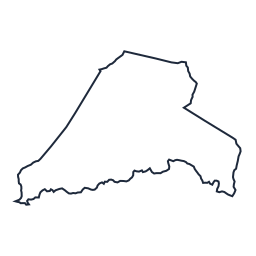 the district of Ourém, Pará, Brazil
{"feature_id": "56859067B89824536702228", "entity_name": "Ourém", "entity_type": "district", "adm_level": 2, "iso_a3": "BRA", "parent_name": "Brazil", "parent_adm1": "Pará", "projection": "orthographic", "projection_center": [-47.142, -1.488], "detail": "fine", "context": "isolated", "style": "outline", "palette": "slate", "viewbox_px": 256, "rotation_deg": 0, "n_neighbors": 0, "source": "geoboundaries", "source_scale": "gbopen_adm2", "svg_char_len": 2471}
<svg xmlns="http://www.w3.org/2000/svg" viewBox="0 0 256 256"><path d="M18.0,174.7L18.1,176.9L18.7,179.1L18.7,181.3L19.0,183.4L20.6,184.5L21.3,186.4L21.4,188.5L21.1,190.5L21.6,192.5L21.7,196.2L21.0,198.0L19.4,199.7L15.4,201.3L17.2,201.8L19.3,202.2L20.7,203.2L22.9,203.1L24.9,203.1L26.2,204.7L28.9,204.4L27.7,202.7L27.1,201.0L28.4,199.3L31.1,199.6L33.5,199.0L35.3,197.4L38.8,197.5L39.5,194.6L40.4,192.3L42.5,190.4L44.8,189.2L47.0,191.3L49.8,191.0L50.9,189.3L52.5,190.2L53.7,191.9L55.5,190.3L57.2,189.7L59.5,188.9L62.1,188.4L64.8,190.2L66.7,191.8L68.9,193.4L71.0,193.6L73.1,193.0L75.6,193.3L77.7,192.5L80.9,192.3L82.7,189.6L84.7,187.8L88.1,188.3L91.1,189.6L92.9,189.9L94.7,189.6L96.9,187.6L97.6,185.5L99.4,183.5L102.0,182.4L103.8,183.8L104.8,181.7L107.3,181.8L109.1,179.8L111.2,179.6L113.2,180.3L114.5,181.8L117.5,182.4L120.2,180.9L123.6,181.0L126.4,181.4L128.8,180.4L130.3,178.7L132.0,177.4L133.2,175.3L133.3,172.0L134.5,170.6L136.4,171.3L139.0,171.6L141.9,170.4L142.9,172.1L145.6,171.4L147.5,170.2L149.8,168.3L151.9,172.0L154.1,173.5L156.6,173.1L158.4,173.1L160.5,173.2L162.9,171.7L166.3,170.8L169.0,169.0L169.3,166.4L168.3,163.2L167.9,161.2L169.1,159.6L173.3,161.2L175.2,160.2L177.0,159.8L179.2,160.2L181.5,160.7L183.9,161.1L186.0,162.1L187.3,163.5L189.4,164.0L191.9,165.5L193.8,166.6L194.7,168.9L196.0,170.8L197.4,172.6L198.6,174.3L200.5,176.2L201.1,178.6L202.3,180.5L203.1,182.9L205.1,182.7L207.3,182.8L209.0,181.8L210.1,183.7L212.3,184.7L213.5,182.3L214.7,180.7L216.7,180.7L218.5,181.5L218.9,183.5L218.5,186.3L217.2,188.9L216.8,191.4L219.3,192.2L222.0,191.4L224.4,192.0L225.9,193.1L228.0,194.5L229.9,195.3L232.3,196.2L234.1,193.4L234.8,191.8L235.5,190.0L233.6,186.8L233.9,184.2L234.6,181.5L233.5,179.1L233.0,177.1L233.5,172.4L234.3,170.2L236.1,168.7L236.7,165.4L237.8,160.9L238.6,156.3L239.6,154.1L240.6,151.3L240.2,148.2L237.7,145.3L236.4,143.7L235.6,139.8L233.2,138.1L204.9,120.8L183.9,107.7L190.7,103.3L191.0,100.4L191.7,98.7L192.6,96.9L192.5,94.7L194.2,91.7L196.8,83.6L195.7,82.0L194.0,80.7L192.1,78.8L190.2,76.5L189.6,73.6L188.2,71.1L187.8,67.5L186.3,65.7L185.9,62.3L181.5,61.8L177.8,63.2L171.5,62.4L155.8,58.5L124.3,51.3L122.5,54.9L118.2,58.0L116.2,59.5L115.0,61.1L112.3,63.5L110.1,64.3L107.8,66.2L106.5,67.7L103.9,68.4L101.5,69.2L99.5,69.6L100.5,71.2L75.2,113.0L66.3,127.1L51.0,146.4L40.5,158.8L38.3,160.9L35.9,161.3L33.2,162.6L30.9,164.7L27.7,166.0L25.2,167.4L22.8,168.4L21.0,170.2L19.9,172.6L18.0,174.7Z" fill="none" stroke="#1e293b" stroke-width="2"/></svg>